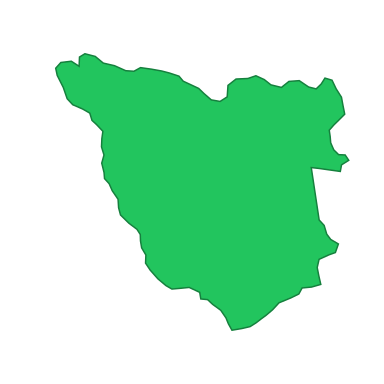 São José da Vitória, Bahia, Brazil, rotated 98°
{"feature_id": "56859067B6740167587731", "entity_name": "São José da Vitória", "entity_type": "district", "adm_level": 2, "iso_a3": "BRA", "parent_name": "Brazil", "parent_adm1": "Bahia", "projection": "robinson", "projection_center": [-39.357, -15.083], "detail": "fine", "context": "isolated", "style": "filled", "palette": "green", "viewbox_px": 384, "rotation_deg": 98, "n_neighbors": 0, "source": "geoboundaries", "source_scale": "gbopen_adm2", "svg_char_len": 1517}
<svg xmlns="http://www.w3.org/2000/svg" viewBox="0 0 384 384"><g transform="rotate(98 192 192)"><path d="M224.7,259.6L231.8,250.0L236.6,241.3L241.3,237.3L247.6,236.2L254.3,234.1L260.8,228.9L268.9,228.1L275.3,222.4L282.8,213.6L288.3,204.8L290.9,198.4L289.1,190.6L286.9,181.5L290.3,170.4L296.7,168.4L296.4,161.6L300.4,155.9L305.1,147.1L312.0,140.8L317.5,137.6L323.3,133.2L320.3,123.7L317.2,115.7L312.6,110.3L307.9,105.7L303.8,101.5L297.4,95.8L289.6,90.4L283.2,79.5L278.1,72.0L271.7,69.6L269.5,60.4L265.6,51.6L257.5,54.7L249.4,57.5L241.0,56.8L235.2,47.7L232.0,41.6L223.1,39.8L219.7,48.0L215.0,52.7L206.7,56.5L202.0,62.2L151.2,77.3L151.0,69.9L151.0,48.0L144.3,47.7L138.8,41.2L134.0,45.5L134.6,52.0L130.5,57.5L124.0,61.5L117.8,62.9L111.7,64.7L105.8,60.8L100.6,56.8L93.7,51.6L84.8,54.7L77.3,57.2L69.8,63.6L61.8,68.9L60.7,76.2L67.1,79.1L72.6,83.4L71.8,91.1L66.8,101.3L69.0,111.4L76.0,118.0L74.9,128.8L70.6,136.1L68.0,144.9L71.8,152.4L74.0,164.1L81.4,171.2L92.9,170.4L98.4,176.8L98.1,185.7L92.8,193.9L88.5,199.8L86.0,207.9L83.5,216.1L79.1,221.0L77.3,231.0L76.4,238.8L76.0,249.3L76.0,260.3L80.5,266.3L81.1,274.5L77.7,286.3L76.7,297.8L71.2,306.7L70.0,317.3L74.0,322.2L83.2,321.3L79.3,329.7L82.0,339.9L88.4,344.2L95.3,341.7L100.5,338.1L106.4,334.0L117.0,328.6L122.2,322.2L125.0,312.0L128.1,304.2L135.0,301.0L138.6,295.8L144.3,288.7L151.6,288.7L159.9,287.9L167.6,284.3L176.0,285.4L185.0,281.8L190.9,280.5L195.3,275.2L201.8,271.2L209.5,264.2L217.8,262.5L224.7,259.6Z" fill="#22c55e" stroke="#15803d" stroke-width="1.5"/></g></svg>